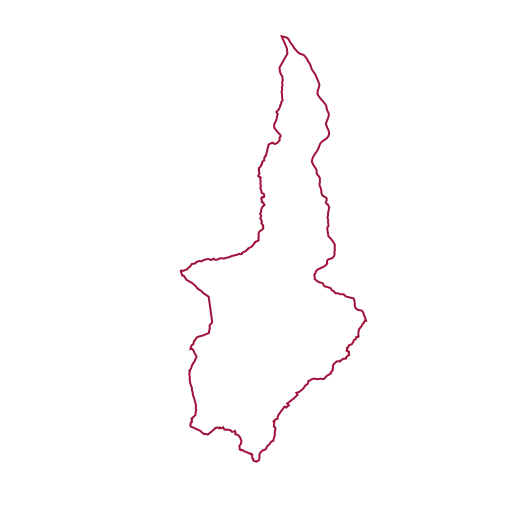 Boisoara, Vâlcea, Romania (Albers equal-area conic projection), rotated 332°
{"feature_id": "2599482B73820905312016", "entity_name": "Boisoara", "entity_type": "district", "adm_level": 2, "iso_a3": "ROU", "parent_name": "Romania", "parent_adm1": "Vâlcea", "projection": "albers", "projection_center": [24.415, 45.492], "detail": "fine", "context": "isolated", "style": "outline", "palette": "rose", "viewbox_px": 512, "rotation_deg": 332, "n_neighbors": 0, "source": "geoboundaries", "source_scale": "gbopen_adm2", "svg_char_len": 6155}
<svg xmlns="http://www.w3.org/2000/svg" viewBox="0 0 512 512"><g transform="rotate(332 256 256)"><path d="M322.8,364.9L323.6,359.9L323.5,358.6L324.1,357.0L324.0,354.4L323.7,353.8L320.6,351.3L319.7,349.6L319.5,348.2L320.1,345.7L321.1,343.9L322.3,340.3L322.2,339.2L316.8,334.4L315.7,332.4L315.5,331.0L312.3,329.2L311.3,327.8L308.7,326.2L308.2,323.7L306.9,321.9L306.7,319.2L302.3,314.9L302.0,314.2L302.3,312.1L301.4,310.6L299.2,308.5L298.0,306.5L297.0,303.9L297.7,302.9L298.6,299.9L300.4,299.1L302.0,297.5L304.4,296.9L310.5,297.2L313.2,296.9L315.3,296.1L316.0,294.2L317.3,293.2L318.3,293.0L322.6,293.7L324.8,292.8L326.2,291.4L327.4,288.9L328.5,287.7L328.9,286.4L330.8,283.2L330.9,281.2L330.2,276.0L329.2,272.6L331.8,265.1L332.7,264.1L334.1,263.5L335.6,259.7L336.5,258.3L337.4,255.2L338.5,254.2L339.9,251.7L343.4,247.6L343.7,244.7L343.4,243.7L342.8,243.0L342.8,241.4L344.7,239.8L345.4,238.3L345.2,237.1L343.1,234.1L343.3,231.2L344.6,228.3L345.2,225.1L345.2,223.9L345.8,222.2L346.9,221.1L348.9,217.3L348.9,214.8L348.3,212.8L348.5,211.2L349.4,209.7L349.9,207.4L349.4,202.3L349.6,198.8L352.2,195.9L355.3,193.9L358.9,192.1L361.8,190.2L364.8,187.4L366.4,186.5L368.4,185.9L373.6,185.3L375.2,184.7L376.6,183.8L377.9,182.5L378.4,181.4L379.1,178.6L379.1,176.5L379.6,172.9L380.2,171.6L385.7,166.8L386.5,165.6L387.1,164.3L387.3,160.4L388.4,156.7L388.5,155.2L388.3,153.5L386.8,146.9L386.3,143.5L386.5,141.5L387.2,140.1L391.9,135.3L392.7,133.6L393.6,123.9L392.9,117.6L393.7,112.5L393.7,110.6L393.3,108.5L393.6,106.6L392.9,102.3L392.4,100.8L389.6,97.8L388.7,96.1L387.4,90.6L387.1,86.7L386.6,84.8L386.5,80.4L386.2,78.6L385.2,77.1L381.8,74.1L380.8,87.1L378.7,92.1L365.2,100.7L364.5,102.1L364.4,103.1L363.8,104.0L363.3,107.0L363.6,109.4L363.0,111.3L362.4,112.2L362.3,113.2L360.8,114.6L359.5,117.7L357.8,119.6L357.7,120.6L356.7,122.1L355.6,123.0L355.1,124.9L353.1,129.2L352.7,130.7L352.1,131.4L350.9,131.7L349.5,133.5L348.2,134.2L348.0,134.9L345.5,136.9L344.2,137.6L342.0,138.1L341.7,138.4L341.6,139.7L342.0,140.6L337.2,146.0L334.4,147.7L332.7,150.3L332.4,151.1L332.4,152.1L333.4,157.4L334.2,159.6L334.3,160.8L334.0,161.8L332.2,162.7L331.3,164.9L328.0,166.2L326.0,166.1L324.7,165.6L324.1,163.9L323.0,163.6L320.6,163.4L319.2,163.7L318.4,164.9L316.4,166.7L315.4,168.4L313.5,170.1L312.6,171.4L311.8,171.6L311.3,172.5L310.5,172.5L309.4,173.2L308.0,175.6L306.2,175.6L305.2,176.5L304.3,177.8L303.2,178.1L302.4,179.0L299.6,179.9L299.2,180.6L299.3,181.4L298.5,182.0L297.8,184.8L296.6,185.7L296.0,185.8L295.6,186.4L295.6,187.2L296.8,188.3L297.0,189.0L295.7,190.3L295.2,192.3L293.7,194.2L293.6,195.4L292.9,196.8L291.7,198.0L291.3,201.2L290.6,203.0L292.0,204.7L291.8,206.2L291.1,207.4L290.4,207.8L290.0,207.8L289.3,206.8L287.9,207.3L287.5,207.9L287.4,209.3L286.4,211.1L286.5,211.5L287.6,212.3L287.3,213.9L287.5,214.9L284.9,215.6L282.9,216.9L281.2,219.4L279.6,220.5L279.3,221.4L279.6,222.0L279.4,222.9L278.9,223.7L277.4,224.8L277.7,226.4L277.3,227.3L277.4,228.5L276.1,229.6L276.7,232.3L276.5,233.0L275.8,233.4L275.6,234.8L274.7,235.4L270.6,236.0L269.7,236.5L268.3,238.1L267.5,240.3L266.4,241.3L266.3,242.3L265.5,243.5L261.6,243.2L261.2,243.8L260.2,244.0L259.5,244.7L258.4,244.9L257.0,245.7L252.3,245.7L251.6,246.4L250.8,246.3L249.8,246.8L245.2,246.7L244.4,247.6L242.9,247.0L242.0,246.1L240.6,246.2L234.4,244.6L231.6,244.4L228.6,243.6L226.5,243.3L224.9,242.0L223.1,241.2L221.6,240.9L220.3,241.1L219.1,240.7L217.9,239.9L217.2,238.3L215.8,238.6L214.2,238.3L213.4,237.0L211.8,235.9L208.0,235.0L205.4,235.2L203.5,233.7L202.2,233.7L201.0,233.3L198.8,234.0L195.4,232.9L193.5,234.1L190.7,234.7L189.1,235.4L185.0,235.0L183.3,233.8L182.8,233.7L182.5,234.1L181.7,238.6L182.5,238.9L183.0,240.0L183.5,244.5L187.2,250.4L188.8,254.9L189.0,257.0L189.5,258.3L191.4,261.2L191.8,263.4L195.1,269.8L186.5,293.2L185.7,294.3L183.1,295.1L182.2,295.9L181.9,296.8L180.3,299.5L179.4,300.1L178.2,301.9L171.6,301.2L166.4,300.0L164.5,300.4L162.9,301.7L161.4,302.0L159.1,304.5L157.3,304.6L155.1,306.4L155.0,307.5L154.8,307.6L156.1,308.0L156.2,308.3L156.4,311.3L156.1,312.8L156.4,316.6L155.9,317.3L152.6,319.9L148.5,322.2L146.4,324.3L144.8,325.5L143.2,326.0L143.3,327.2L141.7,328.8L140.6,332.1L139.5,333.7L138.7,336.4L138.1,337.6L137.5,342.2L136.5,344.4L136.0,346.8L135.1,349.0L134.4,353.5L133.0,359.3L130.8,363.2L130.9,364.1L129.5,365.4L127.8,368.0L124.6,368.8L123.9,369.3L122.8,369.2L122.6,370.7L121.8,371.1L121.5,372.5L120.0,372.6L119.4,373.9L118.4,374.7L118.3,375.8L124.6,384.0L126.4,388.8L128.5,389.6L129.6,391.1L138.3,389.3L139.1,388.7L141.5,389.3L142.7,390.9L143.6,390.5L144.5,391.9L146.6,391.8L146.6,394.4L149.7,396.2L151.7,397.9L152.2,400.0L154.3,400.7L155.3,400.6L155.1,402.2L154.0,403.6L156.0,405.5L156.3,406.2L156.8,409.3L156.4,411.0L156.4,412.4L154.6,414.6L152.0,416.1L151.2,418.7L150.8,419.1L151.5,420.4L151.9,420.2L153.1,421.0L153.3,421.8L154.2,423.5L155.1,424.1L157.7,427.5L158.4,427.8L158.5,428.7L159.3,428.8L159.4,429.1L159.3,430.0L157.9,432.4L157.9,433.0L158.3,433.9L157.6,434.8L157.9,435.8L159.8,437.8L160.4,437.5L162.1,437.9L162.9,437.4L165.0,434.9L165.5,433.2L167.8,431.5L171.2,430.7L172.5,431.2L174.1,431.1L176.5,429.2L179.9,428.4L182.0,427.1L184.7,427.2L185.9,425.6L188.4,423.2L189.2,421.5L190.8,419.5L190.9,418.9L192.1,417.7L192.4,416.2L191.7,415.0L193.6,411.8L194.5,411.0L194.0,410.2L196.4,409.4L198.6,409.8L199.6,408.2L201.5,406.7L208.3,403.5L209.8,402.6L210.7,402.4L211.2,403.0L211.5,404.0L214.9,403.3L214.2,400.9L223.0,399.4L227.6,398.0L227.4,395.8L230.5,396.3L235.5,395.3L238.2,393.7L241.7,393.1L242.5,392.4L243.6,390.9L245.2,391.3L246.6,390.9L249.5,391.4L253.1,394.0L255.2,394.5L257.7,396.3L258.7,396.4L261.9,395.1L266.8,394.9L267.2,394.0L270.3,392.8L270.7,391.5L271.6,390.8L272.3,389.0L273.4,388.2L275.9,387.4L278.1,387.0L280.7,388.5L281.1,388.0L281.4,388.3L281.9,388.3L284.3,387.6L287.4,388.8L287.9,388.0L288.9,387.5L291.9,387.0L292.1,386.5L292.0,385.7L292.8,384.9L293.1,384.0L291.7,382.7L291.5,382.1L293.1,380.9L293.0,380.4L293.2,379.8L294.6,379.7L296.4,378.4L299.1,378.9L301.4,377.7L302.9,376.2L304.9,376.2L306.7,374.6L307.8,375.5L308.8,375.2L309.7,372.8L312.5,369.1L316.5,367.3L318.2,366.1L319.9,365.5L321.7,364.3L322.8,364.9Z" fill="none" stroke="#9f1239" stroke-width="2"/></g></svg>